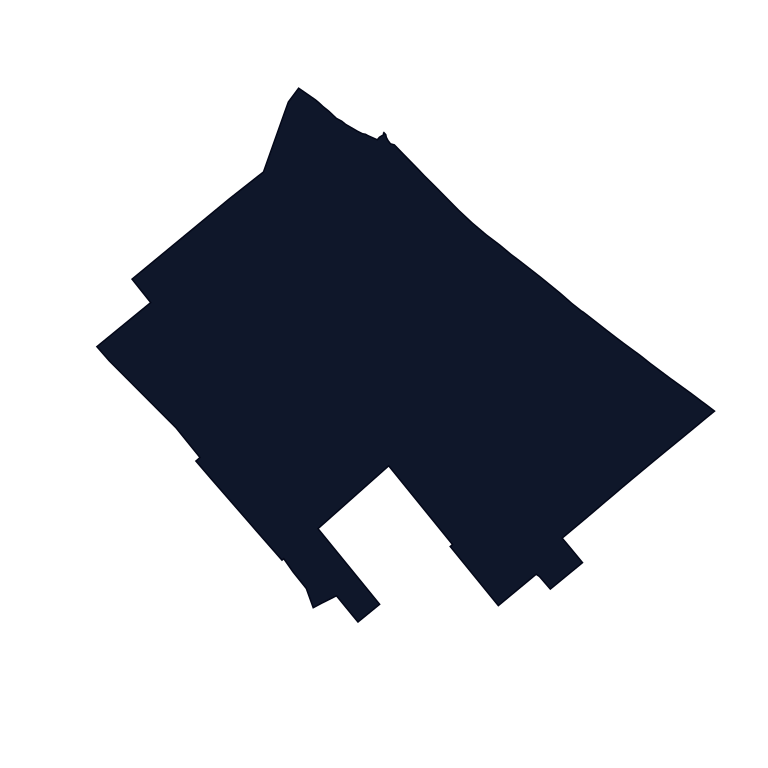 Telchac Puerto, Yucatán, Mexico (Mercator projection), rotated 44°
{"feature_id": "50627088B19629069707009", "entity_name": "Telchac Puerto", "entity_type": "district", "adm_level": 2, "iso_a3": "MEX", "parent_name": "Mexico", "parent_adm1": "Yucatán", "projection": "mercator", "projection_center": [-89.271, 21.31], "detail": "fine", "context": "isolated", "style": "filled", "palette": "ink", "viewbox_px": 768, "rotation_deg": 44, "n_neighbors": 0, "source": "geoboundaries", "source_scale": "gbopen_adm2", "svg_char_len": 1502}
<svg xmlns="http://www.w3.org/2000/svg" viewBox="0 0 768 768"><g transform="rotate(44 384 384)"><path d="M640.6,173.9L627.9,175.4L624.5,175.9L612.0,177.4L585.5,181.2L561.0,184.3L548.4,185.5L540.5,186.6L536.1,187.2L528.0,188.3L518.1,189.5L506.4,190.8L501.6,191.3L486.2,192.9L477.2,193.9L475.1,194.4L463.0,195.6L447.9,196.3L431.3,197.7L423.0,198.4L417.2,199.0L394.7,201.4L385.2,202.6L371.1,203.6L353.8,205.7L335.6,206.9L316.7,207.2L283.8,206.4L268.0,206.2L259.2,205.8L238.0,205.2L225.3,204.8L221.8,206.7L217.8,206.1L214.2,204.9L212.1,203.4L209.3,203.2L209.4,203.9L210.5,205.0L209.3,209.6L209.5,213.0L202.9,215.4L199.9,216.5L197.2,217.2L194.7,218.9L189.3,220.6L176.0,223.9L171.0,224.3L165.2,226.0L154.9,226.1L147.3,226.8L141.3,226.9L137.4,227.2L117.1,230.5L119.3,247.6L123.3,256.5L150.0,315.2L149.1,321.4L144.1,358.1L129.9,483.6L159.6,487.5L151.5,556.6L170.2,558.2L264.8,560.0L272.8,561.0L302.7,564.7L302.2,570.1L325.4,572.3L387.4,577.7L393.8,578.3L433.0,581.6L433.2,579.3L449.2,582.4L470.2,585.1L488.5,594.1L491.5,584.8L492.8,581.2L496.9,569.4L498.1,569.5L509.9,570.9L515.9,571.6L521.7,572.3L530.6,573.3L533.9,545.5L437.0,533.9L444.2,439.6L544.8,451.9L544.5,454.9L620.2,464.0L625.6,415.2L629.5,414.5L646.1,416.0L650.9,374.6L630.6,372.3L619.2,371.1L622.7,338.2L622.9,335.5L623.0,335.4L624.9,315.5L626.2,303.1L627.1,293.3L627.8,286.9L628.4,281.1L629.9,267.3L631.5,252.8L633.4,236.1L635.1,221.8L637.8,198.3L638.8,189.2L639.3,184.7L640.6,173.9Z" fill="#0f172a" stroke="#020617" stroke-width="1.5"/></g></svg>